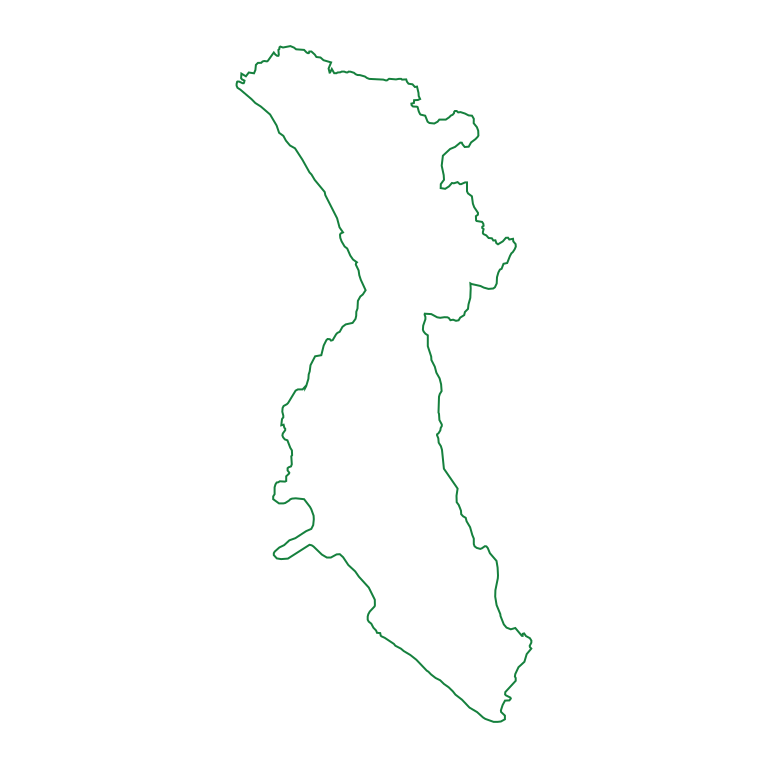 outline of Garabito, Puntarenas, Costa Rica
{"feature_id": "36466004B76673798564195", "entity_name": "Garabito", "entity_type": "district", "adm_level": 2, "iso_a3": "CRI", "parent_name": "Costa Rica", "parent_adm1": "Puntarenas", "projection": "natural_earth1", "projection_center": [-84.613, 9.708], "detail": "fine", "context": "isolated", "style": "outline", "palette": "green", "viewbox_px": 768, "rotation_deg": 0, "n_neighbors": 0, "source": "geoboundaries", "source_scale": "gbopen_adm2", "svg_char_len": 6027}
<svg xmlns="http://www.w3.org/2000/svg" viewBox="0 0 768 768"><path d="M473.8,118.8L472.0,115.7L468.6,115.4L464.9,113.5L460.5,112.1L458.2,112.4L456.6,111.0L454.9,111.0L454.2,111.8L454.0,113.2L452.6,114.8L450.8,115.6L449.3,117.2L445.8,119.6L439.3,119.6L437.6,121.7L434.3,123.5L429.4,123.0L427.6,121.7L425.2,115.7L420.6,114.6L420.0,114.0L418.8,111.5L417.6,107.1L416.9,106.7L413.0,106.5L411.6,105.2L411.4,103.6L413.9,103.0L414.1,100.2L417.9,100.0L420.1,99.0L418.7,96.0L418.5,92.9L417.0,86.6L414.9,87.0L412.5,84.3L408.5,83.7L406.9,81.6L406.2,79.4L402.0,79.6L401.2,78.9L398.7,78.9L396.0,79.4L389.1,78.8L386.9,80.4L385.8,80.4L383.3,79.6L369.3,78.9L367.0,78.0L364.9,76.5L359.9,75.1L357.5,75.0L355.6,74.2L354.0,72.8L350.5,71.7L348.6,71.6L347.6,72.4L346.2,72.4L344.2,71.6L341.7,71.6L340.3,72.3L337.5,72.5L336.5,73.2L334.2,73.2L331.8,69.0L330.1,72.5L329.6,72.6L328.6,68.5L331.1,62.4L323.5,60.2L320.5,57.5L316.4,57.0L314.8,54.6L311.4,51.5L309.3,51.5L308.8,53.1L308.0,53.2L306.6,52.5L304.1,49.9L296.1,49.3L294.0,47.6L290.4,46.1L283.0,47.5L280.3,46.6L279.5,47.3L279.3,49.1L278.4,49.9L278.8,54.7L278.4,55.8L277.1,55.8L275.3,54.5L273.8,52.5L267.9,60.8L267.0,61.4L264.2,61.0L262.5,61.5L261.3,62.8L257.9,62.9L255.9,64.9L255.4,70.0L254.0,73.3L248.8,72.5L245.9,76.3L241.4,73.6L241.1,78.2L242.0,79.4L244.5,80.6L244.1,82.5L243.7,83.2L242.5,83.2L239.2,81.6L237.6,81.5L237.2,81.7L236.6,83.9L236.6,85.7L237.5,87.8L240.3,89.6L251.7,99.3L255.3,103.0L260.8,106.5L270.1,114.5L276.6,125.5L279.1,132.8L283.4,135.9L285.9,140.6L290.0,145.5L295.0,148.3L302.4,159.7L309.5,172.4L311.5,174.5L314.7,179.9L324.7,192.0L325.3,195.1L337.1,218.3L339.5,227.3L343.0,232.4L340.6,233.5L340.0,234.8L340.3,237.9L341.6,241.4L344.6,246.5L347.2,248.5L350.3,255.6L353.0,259.5L356.9,262.3L356.1,263.1L355.8,264.6L358.6,270.4L359.3,275.2L360.8,279.8L365.6,290.2L362.8,294.5L360.3,296.5L357.9,300.9L357.5,308.5L356.3,311.8L356.2,315.8L355.5,318.9L352.6,322.9L345.7,324.4L342.5,326.8L339.7,331.8L337.4,332.9L336.1,334.3L332.7,340.1L331.0,340.6L329.8,339.2L327.6,339.0L326.4,340.1L323.7,345.5L321.3,355.2L315.1,356.3L310.5,365.2L309.7,371.4L308.7,374.4L308.4,378.8L306.2,386.1L305.1,388.2L305.0,386.8L302.6,389.4L297.9,389.4L295.6,390.6L288.1,403.0L286.9,404.2L283.6,406.0L282.6,408.0L282.3,411.7L283.3,415.6L283.3,417.4L282.2,418.7L281.9,419.8L281.3,425.3L283.6,424.7L284.3,427.7L285.2,428.7L285.2,430.2L282.8,433.5L282.4,435.5L283.1,437.3L284.8,439.4L287.4,440.3L290.3,447.8L291.9,450.4L292.1,455.2L291.3,456.3L291.8,464.3L291.0,466.4L288.6,467.3L287.6,468.2L287.6,470.5L289.3,472.7L289.1,473.5L286.2,476.3L286.2,481.0L285.0,481.6L279.8,481.3L278.2,482.3L276.7,482.5L275.5,484.3L274.6,487.3L274.6,494.2L273.2,496.4L273.2,499.2L279.0,503.4L283.4,503.4L285.2,503.0L289.0,500.6L290.3,499.3L292.1,498.6L295.7,498.3L304.1,499.2L310.0,506.9L311.3,509.3L313.6,515.7L313.8,519.3L313.2,525.1L311.3,528.9L306.2,531.1L295.3,538.2L289.4,540.3L284.2,545.1L279.3,547.5L274.7,551.6L273.8,553.2L273.8,555.1L276.8,558.4L281.1,559.1L287.9,558.6L309.5,544.8L311.7,545.3L313.5,546.5L321.9,554.6L326.8,557.5L330.9,557.5L336.6,554.4L339.8,554.2L343.1,557.2L348.3,565.0L355.2,571.4L358.9,576.7L368.8,587.6L374.8,599.7L374.9,605.2L374.6,606.4L369.8,611.5L368.3,614.2L367.7,616.5L367.7,619.7L368.7,621.6L371.3,623.7L373.4,627.7L376.1,630.5L377.0,632.8L380.2,633.1L380.7,635.6L381.4,636.3L384.7,637.8L393.9,643.9L395.3,645.7L401.0,648.7L403.8,651.1L410.2,654.9L416.3,659.7L426.8,670.7L428.4,671.7L431.0,674.4L435.6,678.0L440.2,680.3L444.0,684.0L448.7,687.3L452.9,691.4L455.4,694.6L462.0,699.7L469.5,707.6L477.1,712.1L483.1,717.5L485.3,718.9L493.7,721.9L497.3,721.9L500.9,721.5L504.9,719.3L504.9,715.6L501.1,712.0L500.9,710.4L502.6,705.1L505.0,700.6L509.4,700.4L510.8,698.6L510.4,697.6L505.8,695.3L505.1,694.4L505.3,692.1L515.7,680.8L515.7,678.0L514.9,676.5L515.3,674.0L518.5,667.2L524.4,661.8L526.7,654.1L531.3,648.6L529.9,647.0L529.7,645.8L531.3,642.7L531.4,640.7L529.9,638.2L526.0,636.1L524.1,633.4L522.8,633.8L522.6,635.9L521.8,635.8L515.3,628.0L510.8,629.3L506.5,627.6L503.8,624.4L500.5,616.0L500.3,614.1L496.6,605.1L495.2,596.6L495.4,590.2L497.8,578.4L498.0,575.5L497.6,567.6L496.5,560.9L489.9,553.2L487.8,548.1L486.4,546.4L484.9,546.2L481.9,548.3L480.3,548.9L476.7,547.9L474.6,546.3L473.8,544.1L473.8,538.6L472.3,535.0L470.1,527.2L466.6,521.3L465.7,517.8L463.1,516.3L461.2,514.2L461.0,510.8L460.0,508.1L458.7,504.9L456.7,502.2L456.5,495.8L457.6,488.6L443.9,468.7L442.0,449.9L440.9,446.2L438.7,442.7L438.3,438.3L437.0,435.1L437.1,434.3L438.5,433.3L440.3,430.4L440.7,428.0L441.8,426.0L441.8,424.5L439.4,420.0L439.0,413.8L438.5,412.6L439.0,396.7L439.8,394.0L441.6,391.1L441.1,384.3L439.6,378.4L436.4,372.7L434.8,366.7L431.4,360.0L431.2,356.6L427.8,346.2L427.8,335.3L425.4,333.7L423.6,331.5L422.9,329.7L423.2,325.6L425.4,319.2L425.4,316.9L424.6,314.7L424.8,313.7L431.3,314.1L437.2,317.3L440.2,317.8L444.4,317.2L447.4,317.3L448.8,318.0L450.4,320.2L453.1,319.7L456.0,320.8L458.6,320.3L460.2,317.6L464.2,315.1L464.9,312.0L468.0,308.9L468.5,304.4L470.3,297.9L470.7,288.3L470.4,283.4L471.5,284.0L480.5,286.0L483.8,287.6L488.5,288.9L493.2,288.5L494.9,287.3L496.7,283.5L497.0,277.2L498.4,272.4L499.9,269.6L501.6,268.8L503.5,263.8L507.2,263.0L510.0,255.9L511.4,253.3L512.8,252.1L514.7,249.2L515.8,246.6L515.6,244.1L513.3,241.4L513.0,238.8L509.3,239.5L508.0,237.7L505.9,237.8L502.9,241.3L498.0,244.3L496.4,243.2L495.4,240.3L493.3,240.5L491.9,238.3L488.6,238.0L486.3,235.4L483.5,234.1L482.9,233.2L482.9,231.9L483.6,229.1L482.2,227.9L482.3,226.7L483.6,225.8L483.3,223.7L482.1,221.9L476.6,221.0L476.1,220.4L475.9,216.2L477.9,214.7L478.0,212.9L474.2,207.2L472.9,203.7L471.9,196.3L468.0,193.4L467.0,191.3L467.0,182.4L465.1,182.4L461.2,184.1L459.8,184.1L457.6,182.1L453.9,183.3L451.9,183.0L449.0,186.4L445.2,188.8L440.7,188.1L440.8,184.1L444.0,179.8L443.7,175.1L441.7,165.7L442.9,155.7L450.1,149.0L455.1,146.9L460.3,142.6L461.8,142.7L462.5,144.3L464.7,147.0L468.7,146.7L471.1,142.4L475.5,139.1L477.6,136.9L478.4,135.6L478.2,130.7L476.9,127.2L473.7,123.2L473.8,118.8Z" fill="none" stroke="#15803d" stroke-width="2"/></svg>